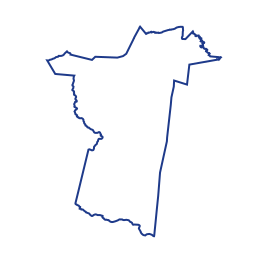 outline of Mumbwa, Central, Zambia, rotated 275°
{"feature_id": "96606910B37920738728221", "entity_name": "Mumbwa", "entity_type": "district", "adm_level": 2, "iso_a3": "ZMB", "parent_name": "Zambia", "parent_adm1": "Central", "projection": "natural_earth1", "projection_center": [26.865, -14.958], "detail": "fine", "context": "isolated", "style": "outline", "palette": "blue", "viewbox_px": 256, "rotation_deg": 275, "n_neighbors": 0, "source": "geoboundaries", "source_scale": "gbopen_adm2", "svg_char_len": 5711}
<svg xmlns="http://www.w3.org/2000/svg" viewBox="0 0 256 256"><g transform="rotate(275 128 128)"><path d="M192.7,86.2L196.1,64.4L196.4,64.5L196.8,64.3L197.4,63.9L197.5,63.5L197.8,62.3L198.2,61.3L198.4,61.0L199.0,60.5L196.8,58.5L196.2,58.1L195.5,57.7L194.9,57.0L194.7,56.8L194.1,55.5L193.8,53.7L193.9,52.9L193.8,52.6L193.3,52.4L192.9,52.1L192.3,50.0L191.6,49.4L190.9,48.3L190.8,48.2L190.5,47.2L190.1,46.8L189.7,45.8L189.5,45.5L189.3,44.8L189.2,44.3L188.8,43.8L188.5,43.3L188.3,42.7L188.3,41.6L175.5,50.8L175.5,69.9L174.5,69.5L173.1,69.5L172.7,69.4L171.8,69.6L170.9,70.0L170.3,70.0L169.3,69.8L168.4,69.5L167.1,69.3L166.3,68.9L165.9,68.9L165.4,69.0L165.1,69.5L164.7,69.9L164.5,70.1L164.2,70.1L163.7,70.0L162.9,70.0L162.4,69.7L161.1,69.2L160.8,69.3L160.6,69.6L160.2,70.5L159.7,71.0L158.8,71.2L158.2,71.0L157.5,71.4L157.1,71.5L156.7,71.3L156.4,71.4L155.7,72.8L154.9,73.5L154.1,73.6L153.0,73.1L152.4,73.0L152.0,73.2L151.0,74.3L150.5,74.6L149.9,74.6L149.7,74.4L149.7,73.7L149.6,73.3L149.3,73.0L148.0,72.7L147.3,72.3L146.9,72.3L145.9,72.8L145.4,72.9L145.2,72.9L144.7,72.7L144.4,72.8L144.2,73.1L144.1,73.7L143.2,75.4L143.1,75.5L142.5,75.4L142.0,75.0L141.6,74.3L140.8,73.7L139.7,73.3L139.1,73.8L138.3,74.0L137.7,74.4L137.1,74.5L136.9,74.9L136.9,75.2L136.2,76.2L135.9,76.2L135.5,76.0L135.2,76.0L134.9,76.2L134.6,76.8L134.3,77.1L134.4,77.7L134.0,78.1L133.7,78.3L133.6,78.6L133.5,79.4L133.6,79.8L133.7,80.6L133.8,81.0L133.2,82.2L132.3,82.9L131.1,83.0L130.1,83.8L129.3,83.8L128.3,84.5L128.2,84.8L127.8,85.2L127.5,85.4L126.8,85.4L126.4,86.3L126.1,86.7L125.9,87.2L125.3,87.4L125.1,87.6L125.0,88.1L125.0,88.9L124.8,89.2L124.4,89.5L124.1,90.2L123.7,90.8L123.5,91.2L123.3,92.2L122.8,93.3L122.4,93.5L121.8,94.0L121.0,94.5L120.6,94.9L120.3,95.7L120.4,97.1L120.5,97.8L120.6,98.2L121.2,99.0L121.4,99.5L121.3,100.1L120.9,100.6L119.9,101.0L119.2,101.7L118.9,101.7L118.4,101.4L118.0,101.5L117.7,102.0L117.3,103.1L117.1,103.3L116.7,103.5L116.4,103.5L115.9,103.4L115.2,102.9L114.8,102.2L114.8,101.9L114.7,100.1L114.4,99.7L113.3,99.3L112.2,99.2L111.6,98.7L111.4,98.6L110.0,98.4L109.4,98.3L108.8,97.8L108.4,97.2L108.1,97.0L107.6,96.8L106.5,95.9L105.9,95.8L104.9,95.9L103.5,95.6L103.0,95.3L102.7,94.6L102.6,93.9L102.8,93.4L103.2,92.2L103.4,91.4L103.2,90.9L103.0,90.5L60.1,84.0L48.5,82.2L47.9,82.3L47.5,82.7L47.3,83.5L46.9,83.9L46.4,85.6L45.4,86.6L45.2,87.2L44.6,87.2L44.1,86.8L43.4,86.9L43.5,87.5L43.3,88.1L42.7,88.6L42.9,89.3L42.8,90.2L42.0,91.2L41.6,91.8L41.2,92.4L40.9,93.2L40.3,93.5L39.4,96.8L38.2,97.9L37.3,99.3L37.2,99.8L37.4,100.4L38.3,101.3L39.1,102.9L39.1,103.3L39.0,104.2L38.6,105.3L38.8,107.5L38.7,108.4L38.5,108.9L38.4,109.8L38.2,110.4L37.6,110.4L37.2,110.2L36.7,110.4L36.3,110.8L36.0,111.6L35.5,111.9L35.3,112.3L34.8,112.8L34.6,113.6L34.8,114.7L34.5,115.5L34.6,116.3L34.5,116.8L34.0,117.2L33.1,118.7L32.9,120.2L33.0,120.5L33.0,121.0L33.3,121.8L33.9,123.4L35.1,125.9L35.9,127.0L36.2,127.5L36.3,128.3L36.2,128.9L36.3,129.1L36.4,130.0L36.2,130.6L36.0,130.9L35.9,131.5L36.0,132.6L36.4,134.3L36.2,136.6L36.1,136.9L34.8,138.2L34.5,138.9L34.4,139.5L33.8,140.3L33.0,140.7L32.2,141.3L32.1,141.7L32.4,142.8L32.5,146.4L32.5,146.8L32.3,147.4L32.1,147.7L31.8,148.1L31.5,148.2L30.9,148.2L29.6,147.7L28.8,147.6L25.6,149.8L25.2,149.8L24.5,150.3L23.9,150.9L23.0,152.1L22.7,152.7L22.6,153.3L22.5,154.6L23.5,155.6L23.8,156.1L24.3,158.3L24.3,158.8L23.7,161.1L22.5,162.8L22.5,163.4L23.5,163.5L39.5,163.7L49.6,163.8L62.9,164.0L86.4,163.8L118.1,167.9L122.0,167.8L154.7,168.6L162.3,168.6L173.2,170.0L179.3,169.8L176.4,183.0L196.5,183.6L203.9,211.2L204.1,211.2L204.3,211.1L204.3,211.4L204.2,211.9L204.4,212.1L204.7,212.0L204.4,212.3L204.7,212.5L204.6,212.8L204.3,212.9L204.5,213.1L204.8,213.1L205.2,213.0L205.3,213.1L205.4,213.4L206.5,214.4L206.7,214.1L206.2,213.0L206.5,212.3L206.5,203.7L207.0,203.3L207.7,202.0L209.2,202.9L209.8,202.3L209.8,201.2L210.1,200.6L210.5,200.3L211.2,199.0L211.9,199.1L212.4,199.7L212.4,200.0L212.7,200.2L213.0,200.0L213.2,199.6L213.5,199.2L213.7,198.7L213.5,197.7L213.7,197.0L214.1,196.5L214.7,196.4L215.2,196.1L215.2,195.8L215.0,194.8L214.7,194.4L214.7,194.0L214.9,193.5L215.6,192.9L215.9,192.9L216.2,192.9L216.4,194.9L216.6,195.4L216.9,195.6L217.6,195.4L218.1,195.3L218.5,194.7L218.8,194.7L218.9,194.9L219.0,195.6L219.2,196.2L219.3,196.4L219.8,196.5L220.1,196.3L220.4,194.8L220.5,194.7L221.2,194.5L221.3,194.4L221.3,194.2L220.5,193.8L220.5,193.4L220.6,193.0L220.7,192.8L221.0,192.9L221.6,193.2L222.1,193.0L222.9,193.4L223.4,193.3L223.8,193.2L223.9,192.6L223.7,192.3L223.4,192.0L223.3,191.6L223.6,191.4L224.4,191.7L224.9,191.7L225.1,191.6L225.1,191.4L224.9,191.0L224.9,190.6L225.2,190.5L226.1,190.5L226.3,190.4L226.3,189.9L225.9,188.7L225.4,187.9L225.4,187.5L225.5,187.3L226.3,187.6L226.6,187.4L226.7,187.0L227.0,186.8L227.0,186.3L227.1,186.2L227.4,186.0L227.8,185.6L227.8,184.6L228.1,184.2L228.7,184.1L229.0,184.4L229.4,184.3L229.6,184.4L229.9,184.2L221.6,177.5L221.4,174.4L221.8,174.0L223.0,173.8L224.4,174.4L228.8,174.2L230.1,174.4L230.8,174.2L233.0,173.9L233.5,173.6L233.4,171.4L233.2,170.7L233.1,169.9L232.4,167.9L232.1,167.4L231.0,166.0L230.4,164.6L229.9,162.5L229.6,162.2L229.7,161.0L229.3,160.5L229.1,159.5L227.1,154.6L226.2,153.5L225.8,152.5L225.4,150.8L225.3,150.4L225.7,149.7L225.4,149.1L225.2,146.6L225.4,146.4L225.6,146.5L225.6,146.4L225.8,146.2L225.8,145.8L226.0,145.3L225.9,145.1L225.9,144.8L225.6,144.2L225.6,143.7L225.8,143.3L225.5,143.1L225.7,142.9L225.8,142.5L225.6,142.1L225.1,141.6L225.0,141.1L224.8,140.6L224.9,140.0L224.8,139.8L224.3,139.6L224.1,139.2L223.9,138.7L224.0,138.3L223.4,138.0L223.3,137.8L230.0,131.2L229.2,130.7L228.1,130.4L218.5,126.2L218.0,126.2L217.1,125.7L216.4,125.5L201.8,119.8L199.2,116.8L197.2,111.3L196.1,89.2L192.7,86.2Z" fill="none" stroke="#1e3a8a" stroke-width="2"/></g></svg>